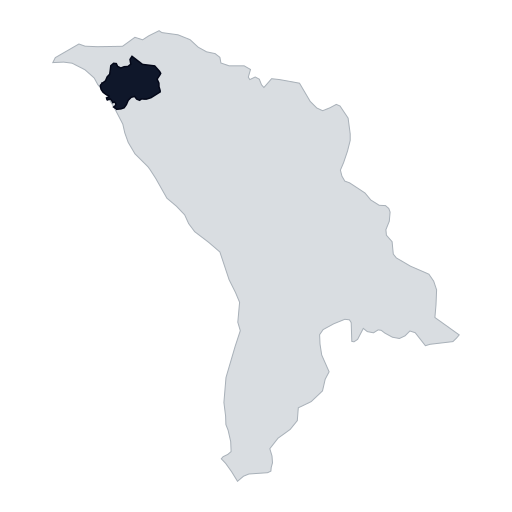 location of Edineţ within Moldova
{"feature_id": "MDA-1615", "entity_name": "Edineţ", "entity_type": "District", "adm_level": 1, "iso_a3": "MDA", "parent_name": "Moldova", "parent_adm1": "", "projection": "equal_earth", "projection_center": [27.238, 48.122], "detail": "fine", "context": "in_parent", "style": "filled", "palette": "ink", "viewbox_px": 512, "rotation_deg": 0, "n_neighbors": 0, "source": "natural_earth", "source_scale": "10m", "svg_char_len": 2655}
<svg xmlns="http://www.w3.org/2000/svg" viewBox="0 0 512 512"><path d="M52.8,62.6L55.3,57.6L78.9,44.0L85.1,46.2L97.4,46.7L122.5,46.3L134.9,37.3L142.6,39.8L148.8,35.8L159.1,30.7L160.6,31.8L162.0,32.6L178.0,34.8L190.1,39.7L198.2,47.2L206.5,51.8L215.1,53.6L219.9,57.4L220.9,63.0L229.0,65.8L244.1,65.8L250.5,69.5L248.3,77.1L249.8,79.6L255.2,77.0L259.3,79.2L261.5,84.8L263.9,87.5L271.6,78.7L279.7,79.6L299.5,83.2L310.2,101.4L316.8,108.0L322.6,110.7L329.9,107.8L336.3,104.4L340.0,106.0L348.1,118.1L350.2,133.9L350.2,140.4L347.5,151.1L343.6,162.6L340.4,170.1L341.9,176.1L344.8,181.1L349.5,182.8L365.0,193.0L370.8,200.0L379.2,205.3L385.5,205.6L388.8,208.5L390.1,212.1L389.3,221.2L385.9,229.7L386.4,235.2L392.1,241.7L392.8,249.2L393.3,254.1L396.3,257.9L410.5,266.2L428.9,274.2L433.7,281.2L436.6,289.9L436.0,304.7L434.9,317.5L459.2,334.9L456.5,338.1L452.9,341.6L430.0,344.3L425.4,345.7L415.2,332.7L409.9,331.0L405.1,335.8L399.4,338.5L392.4,337.2L384.9,333.1L381.2,330.3L378.1,329.9L373.5,332.8L367.3,331.6L363.3,328.4L357.6,339.4L354.0,341.8L351.8,341.4L351.2,322.6L349.4,319.8L344.8,319.3L333.7,323.8L323.1,329.6L319.6,334.7L320.0,344.0L321.7,355.0L329.1,371.8L325.2,379.2L322.5,390.9L311.2,401.6L298.3,407.8L297.3,420.6L290.2,429.4L278.0,438.2L269.8,448.7L272.0,456.0L272.5,462.8L271.2,467.5L270.9,471.1L267.6,472.7L248.9,474.0L243.5,476.2L237.5,481.3L231.6,471.7L225.6,463.3L221.3,458.8L223.1,456.7L227.8,454.4L231.1,451.6L230.7,441.6L228.1,430.2L225.9,424.6L225.6,416.0L223.9,402.5L226.0,377.5L235.2,346.2L240.3,330.7L237.8,322.2L239.6,302.3L235.5,292.5L229.1,279.7L219.9,252.0L208.6,242.3L194.7,231.7L188.7,223.7L184.7,214.9L176.4,206.2L166.9,198.2L155.6,178.2L149.7,169.1L147.9,166.7L135.0,153.9L128.2,142.4L124.8,132.9L122.8,124.1L113.8,106.8L105.6,93.8L97.8,84.6L94.2,78.0L85.0,69.8L72.1,63.2L63.6,62.1L52.8,62.6Z" fill="#d9dde1" stroke="#a8b0b8" stroke-width="1"/><path d="M107.3,100.0L107.0,99.6L106.8,99.1L106.7,98.5L106.5,97.9L108.9,97.0L108.9,95.9L105.9,94.4L103.1,92.3L101.1,89.4L100.3,85.8L100.6,85.0L101.8,83.7L101.9,83.0L102.9,82.8L105.5,80.8L107.2,76.8L109.7,74.2L110.3,70.0L110.8,65.7L113.6,63.3L116.3,63.6L117.6,66.4L120.8,68.0L124.2,66.7L127.9,66.5L130.8,64.2L130.0,59.4L132.0,56.3L142.5,64.4L154.7,65.9L159.6,71.4L160.7,73.4L159.9,74.9L157.1,79.1L158.9,83.1L159.0,86.7L160.1,90.4L160.2,91.9L151.0,97.7L146.5,99.1L144.0,99.1L141.6,98.9L139.6,100.3L136.7,99.1L134.6,96.4L131.2,97.3L128.2,100.3L126.4,104.6L124.1,107.8L120.9,108.9L117.7,109.2L116.8,109.3L116.8,109.0L116.0,108.7L113.6,107.0L115.0,106.0L115.8,104.7L115.7,103.3L114.3,102.0L112.8,102.7L111.8,100.7L110.3,98.9L107.3,100.0Z" fill="#0f172a" stroke="#020617" stroke-width="1.5"/></svg>